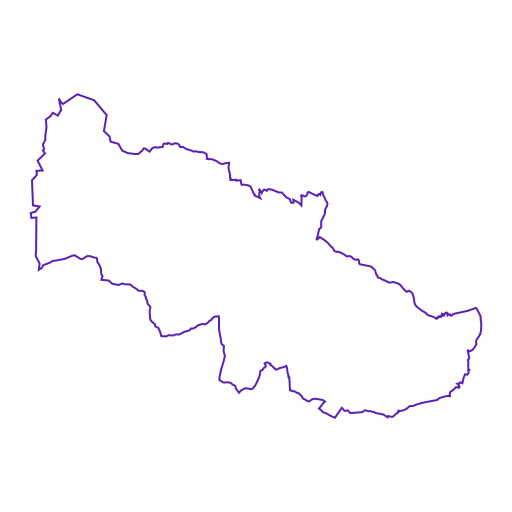 outline of Livezile, Alba, Romania
{"feature_id": "2599482B33376796576250", "entity_name": "Livezile", "entity_type": "district", "adm_level": 2, "iso_a3": "ROU", "parent_name": "Romania", "parent_adm1": "Alba", "projection": "orthographic", "projection_center": [23.576, 46.381], "detail": "fine", "context": "isolated", "style": "outline", "palette": "violet", "viewbox_px": 512, "rotation_deg": 0, "n_neighbors": 0, "source": "geoboundaries", "source_scale": "gbopen_adm2", "svg_char_len": 6062}
<svg xmlns="http://www.w3.org/2000/svg" viewBox="0 0 512 512"><path d="M475.9,307.9L467.9,310.8L453.2,314.0L451.8,315.6L451.3,315.7L450.8,315.6L450.1,314.5L449.4,315.0L447.7,313.5L447.9,314.5L447.6,314.9L447.5,313.3L446.0,313.0L446.0,313.4L443.6,313.9L443.8,314.6L442.9,314.2L443.0,314.8L442.2,314.2L442.3,315.4L441.8,315.1L440.5,315.9L440.7,316.4L438.9,316.4L439.0,316.7L439.4,317.0L438.7,317.1L438.5,316.9L437.9,317.2L437.9,317.9L437.0,317.8L436.6,318.8L433.7,317.0L428.0,315.1L426.6,314.1L425.8,312.9L421.9,310.7L416.3,306.3L415.3,304.9L414.6,303.2L413.7,297.4L412.8,294.4L412.2,293.0L409.5,290.9L408.8,290.8L407.7,291.4L407.1,291.3L406.7,291.8L404.3,289.7L401.7,286.8L401.4,286.1L398.8,283.8L393.5,282.0L389.2,282.7L384.6,280.3L381.9,279.4L380.8,278.4L377.6,277.3L377.4,275.6L376.3,274.6L375.1,270.3L371.6,266.9L369.7,266.2L360.0,264.3L359.2,263.3L358.9,260.8L358.4,259.5L355.9,259.8L353.7,259.1L351.3,256.7L349.8,256.1L346.6,256.4L344.8,254.9L341.7,253.1L338.1,251.7L336.9,251.9L335.1,251.3L334.2,250.7L332.3,247.3L331.0,246.6L328.1,243.1L324.8,240.3L319.7,237.1L317.5,239.4L316.7,239.5L316.6,238.9L317.7,235.7L319.2,228.9L320.3,228.2L321.4,226.8L321.1,224.5L321.3,220.8L322.2,219.5L325.0,213.3L325.0,210.3L325.9,207.9L326.5,207.1L327.4,204.2L327.4,203.0L325.4,199.8L325.2,198.9L323.2,195.0L322.6,192.2L322.1,191.9L321.2,192.2L320.7,193.0L320.3,194.9L319.3,194.1L318.6,194.1L318.1,194.7L318.0,195.4L317.3,196.0L308.5,191.9L307.6,192.6L307.2,194.5L306.3,195.8L305.5,196.4L304.5,196.4L301.7,195.2L301.2,195.5L301.6,198.1L301.4,205.4L298.9,202.8L293.3,199.7L293.5,202.7L291.1,202.7L289.8,199.1L286.1,197.2L282.0,192.6L278.5,192.4L272.1,189.7L268.3,189.1L267.2,190.0L266.8,190.8L264.9,189.6L264.1,189.6L262.1,191.9L261.7,193.0L259.6,189.5L259.1,189.8L259.8,191.5L259.3,193.2L259.3,194.8L259.5,196.6L260.3,198.2L258.7,197.5L257.6,196.6L255.7,196.2L255.1,195.3L254.6,195.4L254.4,194.0L253.7,193.6L250.6,186.6L248.1,185.3L243.6,184.6L241.7,184.8L241.2,183.4L240.6,180.1L236.5,180.7L236.4,179.8L230.5,180.0L230.6,178.1L230.0,177.9L230.1,174.7L228.6,168.8L228.6,166.9L229.2,162.8L225.8,163.1L222.1,164.1L219.2,163.0L216.6,161.1L212.0,159.2L207.6,159.1L206.8,158.8L207.3,158.1L206.7,156.4L206.8,155.2L206.6,154.1L203.5,152.3L199.1,152.1L196.5,151.4L194.8,151.3L193.6,151.7L191.8,150.7L186.0,148.9L182.8,146.8L180.1,147.1L179.3,145.1L178.1,143.9L176.9,143.5L174.5,143.3L172.3,144.5L169.9,143.9L168.7,142.9L167.8,142.9L167.2,143.9L164.2,143.5L163.4,144.1L162.7,146.9L156.8,147.7L155.8,147.1L153.0,147.7L152.0,148.5L149.6,151.7L148.4,150.9L145.6,148.7L143.9,148.3L141.9,151.0L140.1,152.3L138.7,153.9L135.3,154.1L127.8,153.1L122.2,150.6L118.4,143.9L110.6,141.6L109.5,136.4L103.9,131.1L106.7,115.1L94.2,100.3L77.3,94.3L63.0,104.0L60.8,101.9L58.8,98.5L61.2,109.8L57.8,115.6L52.8,112.8L50.6,116.0L45.8,119.6L46.5,127.4L45.3,135.6L45.3,139.8L42.9,144.6L44.1,149.2L42.9,150.6L45.0,153.4L37.6,160.7L42.6,170.5L36.5,170.8L36.9,174.9L32.0,180.2L33.0,205.4L39.6,206.5L35.4,211.7L30.7,213.0L31.4,217.9L36.4,217.5L36.1,250.4L35.7,256.1L39.6,263.5L38.8,269.8L42.1,267.6L42.6,266.1L43.2,265.2L50.2,262.5L52.6,260.9L56.0,260.5L64.6,258.9L72.3,255.7L74.5,255.3L77.3,256.8L80.2,258.8L82.3,259.1L86.8,256.2L89.9,256.1L94.3,257.6L96.2,257.8L97.0,258.6L97.3,261.8L99.5,265.2L100.8,268.5L101.3,274.2L102.3,275.5L102.5,276.2L101.4,279.8L108.6,280.5L112.2,283.7L118.4,285.0L122.3,283.5L125.2,284.3L130.5,284.5L132.6,286.6L136.6,289.0L138.0,290.4L138.9,290.8L142.3,290.8L144.4,291.9L144.9,292.8L144.5,294.8L146.0,297.3L145.8,298.2L147.2,300.6L147.4,303.1L147.8,303.9L150.3,306.8L150.4,308.1L149.8,309.4L149.7,310.8L149.8,314.4L150.1,315.8L150.0,317.0L150.3,319.4L151.4,321.3L155.0,324.3L155.0,325.2L155.4,326.4L158.4,328.0L160.1,331.8L161.3,336.1L166.5,336.4L168.2,335.2L173.1,335.5L175.8,334.4L179.3,334.5L184.2,331.9L189.3,330.4L190.0,330.0L190.9,328.5L192.8,328.6L195.7,327.3L197.9,325.3L202.4,323.9L204.8,324.4L206.4,323.7L207.9,322.7L209.3,321.0L211.5,319.8L211.7,319.1L214.2,316.7L218.8,316.3L219.0,319.2L219.0,327.9L219.3,331.3L220.7,338.3L221.0,341.4L221.6,344.0L223.9,345.9L223.6,351.1L224.9,356.2L223.7,361.1L221.0,370.1L219.6,376.8L219.4,380.1L222.8,382.2L224.0,382.6L226.7,382.3L230.5,382.7L232.7,384.7L234.4,385.4L235.4,386.3L235.7,387.4L235.7,388.5L237.5,390.6L239.0,392.8L240.9,390.6L244.2,388.7L245.4,388.3L248.2,388.5L250.7,389.3L252.6,388.6L254.7,386.2L256.2,383.7L256.9,381.9L258.4,379.1L259.8,374.9L260.1,372.1L260.5,370.8L262.4,370.0L263.7,368.0L265.3,367.1L265.9,365.7L264.6,363.7L265.3,362.9L267.5,362.4L270.4,363.7L270.1,364.7L271.9,365.8L275.7,369.6L277.4,369.3L279.3,368.2L284.3,366.9L286.3,365.9L286.8,367.2L287.8,373.7L288.2,374.3L288.5,377.3L289.3,377.3L290.0,390.4L291.9,390.7L292.5,391.2L294.5,391.3L296.8,392.8L298.5,393.1L302.0,396.5L302.8,398.4L308.3,401.4L309.8,401.1L311.8,399.4L313.9,398.8L317.9,399.1L323.1,400.1L325.0,401.6L323.7,402.7L319.0,408.6L321.1,410.2L322.4,411.7L323.6,412.4L326.2,413.4L331.9,416.5L335.0,417.7L341.8,407.8L344.3,410.5L345.3,411.0L347.8,410.3L350.0,412.9L350.9,413.1L362.4,412.1L364.4,410.5L365.3,410.3L368.3,411.2L370.5,411.2L372.4,411.9L374.1,411.9L375.1,412.9L383.3,414.5L387.6,417.3L388.0,416.1L392.2,416.9L393.6,416.1L395.6,414.1L398.1,412.5L398.7,411.7L398.2,411.5L398.4,410.7L400.4,410.9L402.7,410.5L405.9,409.2L408.4,407.3L409.5,406.2L413.0,406.0L418.0,404.0L419.9,403.7L421.4,403.0L437.5,399.9L438.3,398.9L439.9,397.9L443.9,396.7L447.3,396.0L450.0,396.2L450.0,395.6L449.6,394.7L450.2,392.2L451.5,391.0L452.8,390.4L455.9,387.2L456.6,387.1L458.6,387.8L459.3,387.5L459.4,386.5L458.5,385.4L458.8,384.8L457.4,383.8L459.9,383.0L460.4,382.3L462.4,383.3L463.6,377.7L465.2,374.2L467.3,374.7L468.4,373.2L468.6,371.6L468.2,370.5L469.3,369.9L468.3,368.8L468.2,364.5L468.5,362.4L467.8,360.1L469.3,358.2L468.4,353.9L468.4,352.6L467.7,351.4L467.8,350.6L468.0,350.3L469.5,351.2L470.2,351.1L472.4,349.9L474.2,347.9L476.5,343.9L475.9,342.2L476.7,339.4L479.3,335.9L479.5,335.0L480.4,334.2L480.3,333.5L481.1,330.1L481.2,326.9L481.3,323.9L480.7,319.8L480.6,316.2L476.6,308.5L475.9,307.9Z" fill="none" stroke="#5b21b6" stroke-width="2"/></svg>